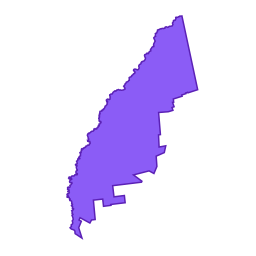 Quebrachos, Santiago del Estero, Argentina (Mercator projection), rotated 252°
{"feature_id": "61730980B41889863901757", "entity_name": "Quebrachos", "entity_type": "district", "adm_level": 2, "iso_a3": "ARG", "parent_name": "Argentina", "parent_adm1": "Santiago del Estero", "projection": "mercator", "projection_center": [-63.316, -29.355], "detail": "fine", "context": "isolated", "style": "filled", "palette": "violet", "viewbox_px": 256, "rotation_deg": 252, "n_neighbors": 0, "source": "geoboundaries", "source_scale": "gbopen_adm2", "svg_char_len": 5757}
<svg xmlns="http://www.w3.org/2000/svg" viewBox="0 0 256 256"><g transform="rotate(252 128 128)"><path d="M142.9,206.1L217.9,213.9L218.0,212.9L218.4,212.1L218.4,211.5L218.0,210.9L218.2,210.5L217.9,209.5L218.2,208.8L218.2,208.1L218.5,207.9L218.4,207.6L218.1,207.4L217.4,207.5L216.1,206.4L215.9,206.1L216.2,205.4L216.2,204.7L215.8,204.2L215.2,204.2L214.1,202.7L212.5,202.7L211.4,201.4L211.6,199.8L211.8,199.5L211.9,199.0L211.8,198.2L211.5,197.8L211.4,196.9L212.3,195.9L212.5,194.9L212.3,194.3L211.5,193.9L211.6,193.3L211.5,192.7L211.9,192.2L212.2,191.0L212.0,190.6L212.3,189.9L212.2,189.2L212.3,188.9L212.0,188.3L211.9,187.6L212.2,187.2L212.0,186.3L210.6,185.8L210.3,185.1L209.5,184.7L209.3,183.9L209.5,183.6L209.3,183.2L209.1,183.3L208.5,183.1L207.1,182.3L206.7,182.5L206.4,181.5L206.0,180.6L205.7,180.3L202.2,180.7L201.7,180.0L200.7,179.2L200.5,178.8L199.2,178.0L197.8,177.9L197.4,177.6L197.5,177.3L197.8,177.1L197.3,175.6L196.3,174.7L196.1,174.1L195.8,173.7L194.9,173.7L194.2,173.4L194.2,172.1L193.6,171.4L193.2,171.2L192.9,170.6L192.5,170.4L192.5,170.0L193.0,169.9L192.9,169.6L193.3,169.0L192.5,167.7L192.6,166.8L192.5,166.5L191.6,166.0L189.7,166.1L189.2,166.3L188.1,165.7L187.1,164.5L186.8,163.9L186.9,162.9L186.6,162.2L186.8,161.8L186.7,161.4L186.1,160.6L185.2,160.2L185.0,159.9L184.8,158.5L184.0,157.6L183.4,157.3L181.8,157.2L181.0,156.6L180.4,155.6L180.4,154.9L181.2,154.0L181.9,152.9L182.0,152.0L181.7,151.4L181.0,151.1L180.8,151.4L179.7,151.4L179.0,152.0L177.9,151.2L177.8,150.0L177.5,149.8L177.5,149.5L177.2,149.2L176.8,147.9L176.7,147.7L176.4,147.8L175.8,146.9L175.8,145.6L175.6,144.7L173.1,144.0L173.2,143.8L172.1,142.1L172.2,141.2L172.1,140.5L171.7,140.3L171.1,139.6L171.0,139.0L169.9,138.3L169.6,137.5L169.2,137.4L169.0,136.8L167.9,137.1L167.5,137.4L166.0,137.2L166.0,136.4L165.6,135.8L165.8,134.0L166.0,133.2L166.6,132.5L166.5,132.0L167.6,130.7L167.4,129.9L167.6,129.2L167.1,128.5L166.9,127.8L166.9,127.5L167.3,127.3L167.4,127.0L167.2,126.5L166.6,124.9L165.3,123.5L165.3,122.9L165.5,122.6L165.5,121.9L165.3,121.6L165.2,120.9L164.4,120.6L163.7,120.7L162.8,120.6L162.3,120.2L161.2,119.9L160.9,119.6L160.8,119.1L161.1,118.4L161.7,117.9L161.8,117.5L161.8,117.2L161.5,116.5L161.1,116.3L161.1,116.0L159.6,115.9L159.2,116.3L159.4,116.7L159.1,116.7L158.2,115.8L157.5,115.8L157.5,115.6L156.7,115.2L156.5,114.6L156.0,113.9L155.8,112.9L154.9,112.5L153.9,111.4L153.7,110.7L153.3,110.7L153.1,110.4L153.3,110.1L153.1,109.8L153.2,109.7L152.9,109.2L152.9,108.6L152.5,108.6L152.2,108.3L152.5,106.6L152.0,106.2L151.2,105.9L150.3,105.9L150.1,105.7L150.3,105.3L150.1,105.1L149.3,105.0L149.3,104.7L148.7,104.3L148.4,104.2L148.0,104.5L147.7,104.1L146.7,104.0L146.6,103.4L146.0,103.1L145.6,103.3L145.2,103.2L143.6,102.7L142.9,103.0L142.9,103.6L142.3,103.6L142.3,104.1L141.5,104.0L141.3,103.8L141.1,103.0L140.6,102.5L140.6,101.6L140.4,101.6L140.0,101.8L139.3,101.4L139.4,100.8L138.8,100.8L138.8,100.3L138.6,100.3L138.4,99.8L137.8,99.6L137.9,99.0L137.5,98.3L136.9,98.1L137.0,97.5L136.8,97.1L137.6,96.5L137.4,96.1L137.6,95.4L137.4,95.2L137.1,95.5L137.0,95.3L136.5,95.1L135.9,94.1L135.8,93.4L136.1,92.7L135.9,91.9L135.7,91.7L135.7,91.2L135.3,90.8L135.2,89.8L134.7,89.1L135.2,88.8L134.8,88.0L134.5,87.7L133.7,87.1L131.2,87.2L130.6,86.9L130.2,87.2L129.3,87.1L129.1,87.0L128.9,86.6L128.9,85.8L128.3,86.0L128.0,85.6L127.8,85.6L127.6,86.2L127.3,86.3L127.4,86.8L127.0,87.5L126.4,87.2L125.9,87.5L124.9,87.2L124.7,86.3L124.0,85.9L123.8,85.4L124.2,84.2L123.6,83.1L123.4,82.5L123.6,82.3L123.0,81.9L122.9,81.6L123.0,81.6L123.0,81.1L122.5,80.0L122.7,79.6L122.0,79.1L122.0,78.4L122.1,78.1L122.6,77.9L122.5,77.4L121.5,76.8L120.9,77.0L120.6,76.4L119.9,76.0L119.1,75.8L119.2,75.5L119.6,75.1L119.5,74.7L117.7,74.7L116.2,74.2L116.1,73.2L115.1,71.9L114.8,71.9L114.5,72.7L113.9,72.8L113.7,72.6L113.8,71.9L114.2,70.9L113.8,70.5L112.8,70.3L112.5,70.0L112.5,69.3L112.3,68.8L110.5,68.9L109.8,68.7L109.7,68.4L109.7,67.3L109.5,66.8L108.9,66.7L108.3,67.7L107.7,67.8L107.4,67.0L106.7,66.7L104.6,66.5L104.1,66.9L103.7,66.9L103.3,66.5L103.2,65.6L102.4,64.9L100.9,64.6L100.3,65.7L99.6,65.5L99.3,65.3L99.3,64.9L99.8,63.5L99.9,62.9L99.1,62.0L99.2,61.4L99.7,59.9L99.5,59.4L99.0,58.9L98.9,58.5L98.9,58.1L99.4,57.5L99.5,57.1L99.5,56.8L99.2,56.6L98.7,56.0L97.7,56.4L97.7,57.0L98.0,57.6L98.0,58.1L97.3,58.7L96.6,58.6L96.3,57.0L95.5,56.1L94.9,55.8L94.1,55.9L93.8,56.4L93.5,57.7L92.8,57.7L92.5,57.4L92.5,57.0L91.9,56.6L91.5,55.9L91.4,55.0L90.0,54.8L89.5,54.0L89.7,53.5L90.3,53.0L90.2,52.5L90.1,52.2L89.3,52.1L88.6,51.6L88.3,51.6L87.7,52.5L87.0,52.8L86.5,52.4L86.4,51.2L86.1,51.1L85.9,51.3L85.7,52.1L85.5,52.3L85.1,52.4L84.1,51.6L83.9,51.2L84.2,50.6L84.1,50.0L83.3,49.3L82.8,49.4L82.5,50.0L82.4,50.1L81.8,50.1L81.5,48.8L81.0,48.7L80.8,48.9L80.5,50.2L80.2,50.6L78.6,50.4L78.4,51.0L78.1,51.0L77.8,50.4L77.0,50.3L76.4,51.3L75.9,51.7L74.3,51.5L73.6,51.1L72.7,51.6L72.3,51.5L72.0,51.2L72.0,50.5L71.8,50.2L71.5,50.2L71.2,50.3L70.9,50.8L70.4,51.0L69.7,50.8L69.0,50.3L68.5,50.2L68.3,51.0L68.0,51.3L67.7,51.2L66.8,49.9L66.7,48.9L65.2,49.1L64.5,48.5L64.0,48.4L63.0,49.0L62.6,48.8L62.4,47.8L62.2,47.7L60.3,47.9L58.2,47.7L57.8,47.5L56.9,46.2L55.5,46.3L54.3,45.8L53.9,45.5L53.4,44.0L51.8,43.7L51.1,42.1L50.3,42.3L49.2,43.1L48.4,44.3L47.2,45.5L46.1,45.6L44.3,45.1L43.8,45.1L37.5,50.2L48.4,50.3L53.7,54.8L55.6,53.0L57.5,54.7L49.4,62.4L51.8,64.9L51.1,68.5L70.1,72.8L68.2,82.0L61.1,80.5L59.7,87.9L60.6,88.0L57.8,102.2L64.9,103.7L66.9,93.4L77.9,95.6L72.3,124.1L73.1,124.8L81.7,118.7L80.7,134.8L76.7,138.6L82.5,143.6L92.5,146.1L93.4,154.9L99.4,158.4L100.3,151.7L112.0,154.9L111.7,156.8L133.3,161.9L131.0,171.4L130.9,176.2L133.9,176.2L134.0,178.4L138.6,178.3L138.4,179.4L141.6,180.1L141.5,189.3L142.8,189.3L142.8,193.7L143.5,193.7L143.5,195.8L142.9,195.9L142.9,206.1Z" fill="#8b5cf6" stroke="#5b21b6" stroke-width="1.5"/></g></svg>